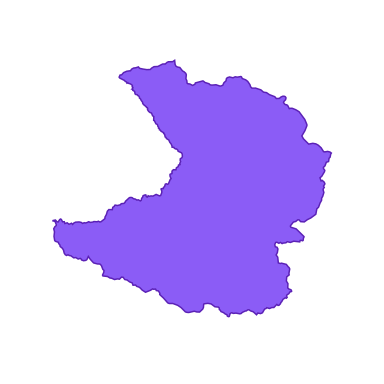 Santa Rosa, Cauca, Colombia, rotated 78°
{"feature_id": "7082276B65287171655445", "entity_name": "Santa Rosa", "entity_type": "district", "adm_level": 2, "iso_a3": "COL", "parent_name": "Colombia", "parent_adm1": "Cauca", "projection": "orthographic", "projection_center": [-76.572, 1.472], "detail": "fine", "context": "isolated", "style": "filled", "palette": "violet", "viewbox_px": 384, "rotation_deg": 78, "n_neighbors": 0, "source": "geoboundaries", "source_scale": "gbopen_adm2", "svg_char_len": 5990}
<svg xmlns="http://www.w3.org/2000/svg" viewBox="0 0 384 384"><g transform="rotate(78 192 192)"><path d="M315.5,121.8L314.8,120.8L313.5,121.2L312.3,120.4L311.7,118.6L310.0,116.8L310.1,115.7L309.7,115.1L308.2,115.5L307.1,117.3L305.7,118.3L301.6,117.2L298.7,118.2L294.7,117.0L293.3,114.2L291.7,114.1L287.6,112.4L286.0,112.8L285.5,113.3L282.4,114.8L280.2,119.3L280.3,120.5L279.3,122.3L273.6,121.7L271.1,122.8L269.0,121.1L265.6,119.8L263.7,120.3L262.9,121.9L260.7,122.0L258.8,120.7L258.7,120.1L258.8,119.4L260.2,117.7L259.7,115.9L261.2,114.6L260.9,113.9L261.2,110.7L260.4,109.1L261.8,106.3L261.3,102.7L263.2,97.0L261.9,96.3L262.0,95.2L262.7,94.0L262.5,93.4L260.1,92.5L259.2,91.7L258.6,91.9L249.7,97.8L247.0,102.6L246.2,102.9L245.5,102.7L242.5,99.1L242.4,96.6L241.2,94.4L241.4,93.2L243.6,91.9L244.6,88.4L243.0,84.8L242.1,81.2L239.5,75.5L234.4,73.4L233.2,71.4L229.5,69.1L227.1,67.0L225.0,66.5L223.5,65.1L219.9,63.1L217.1,63.3L216.0,62.8L215.1,61.7L213.6,62.1L211.7,60.3L209.9,60.6L207.7,62.2L208.0,63.4L204.7,63.9L203.7,61.9L199.7,58.2L198.4,57.6L196.5,58.5L195.2,58.3L194.1,56.5L190.8,54.4L190.6,52.1L187.5,50.9L186.7,49.7L183.7,48.4L182.9,47.6L181.6,48.7L180.5,50.9L180.4,53.7L179.9,54.9L175.6,56.5L172.4,58.8L170.7,60.8L169.5,63.7L169.4,67.9L163.2,71.9L160.0,72.9L155.5,68.8L151.0,65.8L149.9,65.6L144.5,66.6L135.7,70.6L133.1,73.4L131.0,76.5L130.6,78.1L130.7,79.5L127.3,80.4L126.4,81.2L125.9,82.6L124.6,83.5L123.3,83.8L122.5,83.2L121.2,81.3L119.8,80.6L119.2,80.5L118.1,81.0L117.4,82.1L117.2,83.4L117.6,85.3L118.6,87.1L118.1,90.1L116.0,91.2L112.8,96.1L110.3,98.4L109.2,101.3L106.4,103.4L103.6,108.2L102.9,111.7L101.3,112.8L99.1,113.0L95.4,114.5L93.4,116.2L91.5,119.2L89.6,119.7L89.2,120.2L89.1,123.7L88.3,125.8L88.8,128.2L87.3,131.3L87.5,133.7L88.3,134.8L90.3,135.6L91.8,138.1L94.0,139.7L94.3,141.8L94.2,142.6L92.1,146.2L91.6,150.2L91.0,151.9L89.6,152.9L87.6,156.5L85.8,157.9L85.6,158.4L86.0,166.0L87.2,166.8L87.9,169.2L85.9,171.6L85.2,173.6L84.4,174.2L82.1,173.9L79.9,174.4L76.2,173.2L74.7,173.4L72.7,174.8L71.6,176.1L67.7,178.0L66.7,180.3L65.5,181.6L63.6,182.0L59.6,181.6L60.5,183.8L59.7,188.0L60.0,189.4L61.2,191.5L60.7,194.1L62.1,199.3L61.5,203.1L62.4,205.7L63.5,207.4L62.9,210.8L61.5,214.5L60.1,217.6L58.5,218.4L58.8,221.2L58.6,223.4L59.3,225.6L60.6,226.9L60.3,230.7L61.0,234.1L62.8,236.5L62.6,238.0L64.3,239.3L64.8,239.4L65.6,238.9L68.9,234.8L70.0,234.3L70.8,233.1L72.0,233.0L71.8,232.1L72.2,232.1L73.5,229.7L75.0,228.4L75.6,228.2L76.2,228.6L77.4,228.1L77.9,228.7L78.6,228.6L78.9,229.2L79.2,228.5L80.2,228.8L81.7,227.2L84.2,227.3L85.0,226.6L85.5,225.3L86.6,224.8L86.9,224.2L88.3,223.7L89.1,223.9L90.3,223.0L91.8,222.7L93.8,221.7L95.0,221.8L96.3,221.3L99.3,218.9L99.9,218.9L100.3,218.1L101.4,218.0L102.2,218.4L104.1,217.7L105.5,216.6L106.4,215.2L109.3,214.7L110.2,213.7L114.0,214.6L114.4,214.0L117.8,213.1L118.8,211.8L120.9,211.7L121.6,211.2L122.6,211.5L123.1,210.8L124.4,210.9L125.0,210.0L126.1,209.7L128.1,207.4L128.9,207.6L129.8,206.8L132.6,206.8L133.2,206.1L134.4,205.9L136.3,203.9L138.8,203.4L140.5,202.5L142.7,202.0L144.0,202.2L144.6,200.4L145.5,200.2L146.5,199.1L146.7,198.1L148.3,197.1L149.3,197.1L151.5,194.1L152.9,193.7L155.2,194.0L156.3,194.7L157.1,196.6L158.6,197.0L159.9,196.8L161.5,198.0L162.7,198.0L162.8,199.6L164.3,200.2L165.0,202.2L166.9,203.1L166.3,205.6L167.4,207.2L169.8,207.8L170.0,209.6L170.5,210.0L172.2,210.2L174.6,209.7L175.2,210.7L179.0,213.3L179.4,214.3L178.6,215.5L178.8,216.5L181.0,217.7L181.6,219.0L182.7,219.3L182.4,221.4L183.2,221.7L184.6,221.3L186.3,221.7L188.9,223.4L189.0,224.6L186.9,227.6L187.9,231.0L187.3,232.9L187.3,234.8L186.5,235.7L187.5,236.4L187.7,236.9L187.0,237.6L185.2,237.8L185.1,238.8L185.4,240.6L187.0,241.5L187.6,242.5L189.6,243.4L190.0,244.4L188.5,246.1L188.4,247.7L187.2,248.8L186.4,250.6L185.1,251.7L184.6,252.8L184.5,254.4L187.3,259.1L188.2,259.6L189.0,260.9L188.7,263.6L189.6,264.8L189.7,267.8L188.9,269.6L188.9,270.3L190.0,271.2L190.5,272.7L192.7,273.6L191.9,277.0L193.2,278.8L196.2,280.4L198.4,282.3L200.0,282.8L202.2,287.3L202.1,288.5L201.1,289.7L201.4,291.0L200.5,294.1L200.8,295.2L200.6,297.8L199.6,299.2L200.1,301.3L200.1,303.0L199.6,303.8L200.0,305.5L198.7,306.7L197.8,308.7L197.3,312.2L197.8,314.1L198.9,315.5L197.5,316.3L198.0,319.0L196.2,320.5L196.4,322.9L194.5,323.1L194.2,324.8L191.7,325.5L191.1,326.1L191.4,327.1L193.5,329.2L193.1,330.2L191.0,331.4L191.0,333.8L191.3,334.0L192.3,332.1L195.9,331.5L196.6,331.8L197.4,333.3L199.2,334.9L202.4,334.8L206.7,336.2L210.9,336.4L211.8,335.9L213.4,333.2L214.7,333.1L216.5,332.2L217.9,332.3L220.1,330.5L222.1,329.8L225.2,329.7L227.0,329.0L228.0,327.9L227.6,326.3L228.6,325.3L229.2,323.7L231.8,321.4L232.0,319.2L233.9,317.3L233.7,315.1L234.7,314.3L235.5,314.2L236.7,312.3L236.8,310.1L236.3,308.9L233.5,306.8L236.7,305.5L240.9,303.0L242.7,299.5L243.2,297.5L243.6,296.8L245.2,295.9L249.2,295.3L250.4,294.4L252.2,295.0L254.7,296.8L255.6,296.6L257.1,292.2L259.1,290.1L259.6,288.6L261.5,286.0L261.5,282.9L262.2,281.1L260.6,278.7L261.1,277.1L263.6,276.0L264.6,273.8L267.0,271.7L268.5,269.4L270.9,269.1L271.3,266.5L272.8,265.7L273.8,263.9L275.0,262.7L277.5,261.2L280.4,258.3L279.5,253.0L278.6,250.7L279.1,249.9L279.4,247.8L281.0,247.4L281.8,245.4L284.4,244.5L285.6,244.9L289.7,242.0L295.4,238.8L296.3,237.5L297.1,233.9L299.9,229.5L302.8,226.7L307.9,223.4L308.7,221.9L309.2,220.2L309.1,214.6L310.4,212.1L311.0,209.5L308.8,205.9L307.3,204.8L304.2,203.9L303.9,203.3L304.2,199.6L305.5,196.5L309.0,193.5L310.1,190.1L311.1,189.5L312.7,189.7L313.6,188.9L315.0,188.5L316.5,186.3L318.3,184.8L319.2,183.4L320.8,183.2L321.5,182.3L321.5,181.4L319.0,180.1L318.4,178.8L318.4,178.1L319.3,177.0L319.6,174.2L321.1,170.6L321.1,169.3L320.2,167.7L319.5,164.6L319.6,163.5L318.9,162.1L319.0,160.8L320.5,159.4L321.9,157.0L325.5,154.4L324.1,152.8L325.2,150.2L324.8,148.2L321.6,145.3L321.4,143.9L320.7,142.9L322.1,140.4L321.6,138.0L322.0,135.9L319.6,132.4L320.8,131.5L320.9,130.5L319.7,128.7L318.6,128.1L318.0,127.1L315.9,125.3L314.9,122.8L315.5,121.8Z" fill="#8b5cf6" stroke="#5b21b6" stroke-width="1.5"/></g></svg>